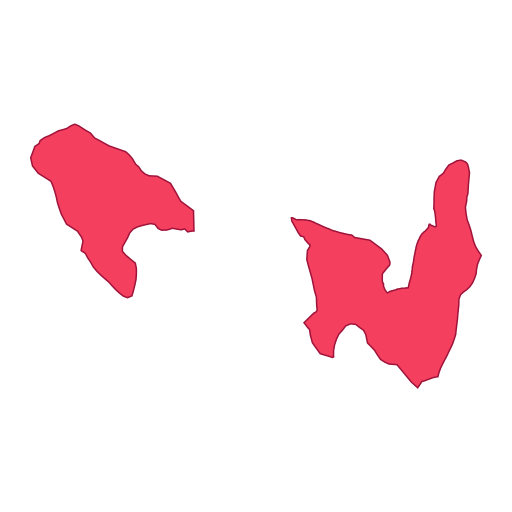 outline of Hajjah, Hajjah, Yemen
{"feature_id": "15242507B46820158657484", "entity_name": "Hajjah", "entity_type": "district", "adm_level": 2, "iso_a3": "YEM", "parent_name": "Yemen", "parent_adm1": "Hajjah", "projection": "equal_earth", "projection_center": [43.581, 15.658], "detail": "fine", "context": "isolated", "style": "filled", "palette": "rose", "viewbox_px": 512, "rotation_deg": 0, "n_neighbors": 0, "source": "geoboundaries", "source_scale": "gbopen_adm2", "svg_char_len": 6088}
<svg xmlns="http://www.w3.org/2000/svg" viewBox="0 0 512 512"><path d="M333.7,356.7L333.5,356.2L333.6,350.5L334.6,344.7L336.6,338.8L339.0,334.0L342.2,330.5L345.8,325.8L348.4,324.8L350.5,323.9L353.1,324.1L355.8,324.4L359.5,327.4L363.5,330.2L365.8,334.6L367.5,343.0L369.2,344.7L371.0,346.5L374.2,349.9L374.7,350.5L377.3,354.7L380.5,359.4L384.8,362.1L388.8,364.0L397.0,364.7L411.4,382.1L417.7,387.8L422.0,381.4L424.0,381.0L428.3,379.4L432.8,377.7L436.9,376.8L437.9,376.8L438.9,372.8L440.6,368.1L442.6,364.0L444.7,359.9L446.8,356.0L448.7,351.9L450.7,347.9L452.7,343.5L454.3,338.9L455.7,334.4L456.0,331.1L456.2,329.4L456.8,324.4L457.4,319.7L457.6,317.0L457.8,314.4L458.8,304.9L458.9,299.4L460.5,294.8L463.5,292.0L466.8,289.6L470.0,286.5L472.5,282.9L474.5,278.5L476.1,273.8L476.6,268.8L477.6,264.1L479.3,259.8L480.7,256.7L481.3,255.5L478.1,250.8L475.5,246.4L473.6,241.4L472.2,235.9L470.8,230.2L469.0,224.7L468.7,223.9L467.2,219.9L466.1,213.8L465.4,207.3L466.5,201.9L466.6,201.7L466.9,196.7L467.9,193.7L468.4,184.8L469.0,178.3L469.5,172.5L468.1,165.9L467.1,163.4L465.5,161.9L461.1,160.1L456.8,160.8L452.9,163.0L448.9,165.0L445.9,169.0L443.3,173.3L439.6,176.2L439.4,176.2L436.3,181.9L435.9,183.0L434.3,191.8L434.0,198.8L434.0,203.1L433.8,208.9L434.0,209.1L434.1,209.7L434.4,210.0L434.6,210.8L434.7,211.7L434.9,212.5L435.0,213.2L435.1,214.2L435.3,214.9L435.3,216.1L435.5,217.1L435.5,218.0L435.7,218.8L435.7,219.9L435.7,221.1L435.9,221.6L435.9,222.1L435.9,222.5L435.9,223.0L436.1,223.5L436.2,224.3L436.2,225.2L436.3,225.9L436.2,226.4L435.4,226.6L435.0,226.7L434.4,226.7L432.2,225.6L431.1,225.4L430.2,224.3L429.3,224.2L428.8,225.2L428.7,226.5L428.0,228.0L425.0,231.3L424.4,231.6L423.8,232.1L423.5,232.5L422.9,233.1L422.3,233.4L421.9,234.0L421.4,234.7L421.1,235.2L420.7,235.8L420.2,236.7L419.7,237.5L419.4,238.7L419.0,239.1L418.8,239.7L418.5,240.1L418.2,240.7L418.0,241.2L417.7,242.0L417.6,242.6L417.3,243.1L417.0,244.0L416.7,245.0L416.5,245.5L416.4,245.9L416.3,246.6L416.0,247.6L415.9,248.4L415.9,248.7L415.7,249.2L415.4,250.5L415.4,251.0L415.2,251.4L415.2,252.1L415.0,252.6L414.9,253.4L414.7,254.0L414.7,254.6L414.4,255.6L414.1,256.9L414.1,257.8L413.7,259.7L413.6,260.8L413.5,261.9L413.3,262.6L413.1,263.2L413.1,263.7L412.9,264.5L412.7,265.3L412.7,265.9L412.4,266.4L412.4,267.1L412.3,267.8L412.3,268.7L412.2,269.6L412.1,270.4L411.9,270.9L411.9,271.4L411.8,272.0L411.9,272.5L411.9,273.1L411.6,273.7L411.4,274.6L411.4,275.1L411.2,275.8L411.0,276.5L410.8,277.3L410.6,278.1L410.5,278.8L410.2,279.7L410.0,280.6L409.8,281.0L409.6,281.5L409.5,282.0L409.5,282.5L409.2,283.0L409.1,283.6L409.0,284.2L408.9,284.7L408.7,285.3L408.7,285.7L408.4,286.7L408.2,287.8L407.6,287.9L406.3,287.9L406.0,287.9L405.6,287.9L405.1,288.2L403.4,288.2L402.3,288.2L400.9,288.4L399.6,288.8L399.1,288.8L398.7,289.0L397.3,289.0L396.7,289.3L396.3,289.7L395.7,289.8L395.2,290.1L394.5,290.2L393.6,290.3L393.1,290.6L392.3,290.8L392.0,290.9L391.4,290.9L390.7,291.3L390.4,291.3L390.0,291.5L389.5,291.5L389.2,291.8L388.9,292.2L388.6,292.3L388.1,292.6L387.4,292.9L386.8,292.2L386.2,291.6L385.9,291.3L385.7,290.7L385.2,290.1L384.8,289.5L384.5,288.6L384.2,287.9L384.0,287.4L383.7,286.4L383.4,285.9L383.4,285.4L383.6,284.2L383.3,283.3L382.6,282.6L382.6,282.0L382.4,281.4L382.3,281.0L382.3,279.1L382.3,278.5L382.3,277.2L382.3,276.6L382.4,276.0L382.3,275.5L382.3,274.9L382.6,273.6L383.5,272.3L384.4,271.4L385.0,270.5L385.6,269.8L386.2,269.0L386.9,268.3L387.2,267.8L388.0,267.0L388.3,266.6L388.6,266.2L389.0,265.9L389.7,265.0L390.0,262.1L387.4,255.3L381.7,249.0L369.9,240.2L354.7,237.5L351.8,235.1L351.1,234.9L350.6,234.9L350.0,234.8L349.1,234.7L348.7,234.7L348.0,234.4L347.5,234.4L347.0,234.3L346.3,234.1L346.0,234.1L345.3,233.9L345.0,233.8L344.6,233.7L343.9,233.7L343.5,233.4L342.9,233.3L342.4,233.2L342.0,233.1L341.3,233.0L340.8,232.8L340.1,232.7L339.6,232.6L338.2,232.1L336.8,231.6L336.3,231.6L334.8,231.0L334.4,231.0L333.0,230.7L332.3,230.3L330.9,229.9L330.3,229.6L329.7,229.1L328.7,228.9L328.2,228.5L327.2,228.3L326.6,228.1L326.1,227.7L325.3,227.5L324.6,227.2L323.8,226.9L323.2,226.5L322.7,226.4L321.7,225.9L321.1,225.6L320.5,225.4L319.7,224.9L319.3,224.9L318.3,224.2L317.7,224.1L317.0,223.8L316.3,223.4L315.6,223.2L315.2,223.0L314.4,222.5L313.8,222.1L313.3,222.1L312.9,221.8L312.3,221.6L311.4,221.2L311.0,221.1L310.6,220.8L310.1,220.8L309.8,220.6L309.3,220.6L308.7,220.5L308.2,220.4L307.7,220.4L306.8,220.1L306.4,220.1L306.0,220.1L305.5,219.9L305.2,219.9L304.5,219.8L302.0,219.8L301.6,219.8L301.2,219.7L300.7,219.7L299.3,219.7L298.0,219.7L297.2,219.8L296.5,219.8L292.9,217.9L291.4,217.8L291.8,221.0L298.2,232.6L300.6,236.1L302.5,236.4L303.9,237.1L304.9,239.6L308.6,243.9L310.0,244.8L309.7,246.8L308.2,249.3L307.5,250.2L307.2,253.4L306.8,259.5L308.3,265.4L312.0,278.4L314.4,290.2L316.4,297.2L316.7,305.5L317.2,310.3L315.6,312.3L313.9,313.0L309.0,317.8L304.0,322.7L308.4,328.4L309.6,329.5L310.4,335.3L312.4,342.8L320.2,353.7L332.8,357.5L333.7,356.7ZM72.8,125.0L70.7,125.9L66.9,128.4L62.8,129.7L58.4,130.8L54.2,133.1L49.8,135.4L44.5,137.6L40.2,140.5L39.1,143.5L34.9,146.4L30.7,157.8L32.5,166.0L38.3,173.3L51.0,181.3L53.2,186.7L54.9,191.9L55.5,194.1L56.3,197.1L57.5,202.8L59.3,208.4L61.2,213.8L61.3,214.1L63.8,218.8L66.5,224.1L77.4,231.1L81.5,237.1L83.0,241.0L81.1,250.4L81.3,250.7L82.1,251.3L85.3,253.3L87.8,258.0L90.7,262.3L90.8,262.5L93.4,267.1L97.0,271.4L100.8,275.1L104.5,278.4L108.8,282.1L112.2,285.9L115.5,289.4L118.9,292.6L123.3,296.1L127.5,297.7L131.9,295.9L133.4,290.9L134.8,285.2L136.0,279.6L136.4,274.1L136.4,268.5L135.3,263.1L131.1,259.7L125.7,255.1L122.4,251.3L122.5,246.7L127.6,237.7L129.8,232.8L133.1,229.1L137.5,226.9L141.5,225.7L145.9,224.6L150.7,223.6L155.0,224.4L158.1,228.5L161.6,230.2L167.0,230.0L172.5,228.3L176.7,229.1L181.3,229.8L184.7,228.9L187.7,231.9L191.8,231.1L194.0,231.0L193.5,210.7L180.8,201.3L178.2,196.8L175.7,192.1L173.0,187.6L170.5,183.3L157.3,176.2L149.1,175.8L145.0,174.0L141.4,170.9L138.6,166.7L135.7,164.3L132.3,158.5L129.2,154.9L125.8,151.8L109.1,145.9L99.0,140.3L94.7,138.1L90.5,133.1L86.3,130.7L82.5,128.3L78.8,125.9L74.8,124.2L72.8,125.0Z" fill="#f43f5e" stroke="#9f1239" stroke-width="1.5"/></svg>